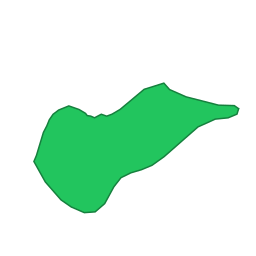 SVG path tracing the border of Brežice, rotated 51°
{"feature_id": "SVN-938", "entity_name": "Brežice", "entity_type": "Municipality", "adm_level": 1, "iso_a3": "SVN", "parent_name": "Slovenia", "parent_adm1": "", "projection": "orthographic", "projection_center": [15.611, 45.93], "detail": "fine", "context": "isolated", "style": "filled", "palette": "green", "viewbox_px": 256, "rotation_deg": 51, "n_neighbors": 0, "source": "natural_earth", "source_scale": "10m", "svg_char_len": 681}
<svg xmlns="http://www.w3.org/2000/svg" viewBox="0 0 256 256"><g transform="rotate(51 128 128)"><path d="M182.6,29.8L185.8,34.6L183.1,43.8L176.0,54.6L171.3,72.5L171.2,72.6L171.9,90.9L173.0,118.0L172.1,132.7L168.9,143.7L164.6,154.1L162.2,164.7L164.8,176.0L172.1,193.7L172.5,206.3L166.3,215.2L153.7,221.8L141.7,225.3L117.9,226.2L94.8,222.2L94.7,222.0L91.7,216.4L78.2,196.5L75.2,189.6L72.1,184.0L70.2,177.6L70.4,170.6L73.6,160.1L82.8,154.4L89.9,151.8L92.7,151.9L95.3,149.5L99.0,147.6L100.5,140.1L105.4,137.1L107.2,131.7L108.6,122.4L108.1,91.1L115.7,71.9L124.3,71.5L140.3,63.3L167.2,43.3L177.5,31.3L182.5,29.9L182.6,29.8Z" fill="#22c55e" stroke="#15803d" stroke-width="1.5"/></g></svg>